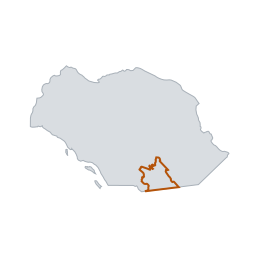 United Republic of Tanzania, with Arusha highlighted, rotated 136°
{"feature_id": "TZA-3391", "entity_name": "Arusha", "entity_type": "Region", "adm_level": 1, "iso_a3": "TZA", "parent_name": "United Republic of Tanzania", "parent_adm1": "", "projection": "equal_earth", "projection_center": [35.974, -2.918], "detail": "fine", "context": "in_parent", "style": "outline", "palette": "amber", "viewbox_px": 256, "rotation_deg": 136, "n_neighbors": 0, "source": "natural_earth", "source_scale": "10m", "svg_char_len": 5154}
<svg xmlns="http://www.w3.org/2000/svg" viewBox="0 0 256 256"><g transform="rotate(136 128 128)"><path d="M103.8,179.3L101.7,177.9L99.9,177.0L98.4,176.0L97.7,175.1L96.3,174.7L95.1,174.6L94.0,173.7L91.6,173.4L91.4,172.8L91.3,171.5L90.9,171.2L90.1,170.9L89.2,170.9L88.6,171.1L88.3,171.0L87.5,170.2L86.8,169.2L86.5,167.7L85.5,166.7L84.3,165.9L80.9,166.0L80.3,165.8L79.5,165.0L78.6,163.7L77.8,162.2L77.1,160.2L76.4,157.5L72.4,146.8L72.0,144.7L71.3,142.5L70.0,139.7L68.7,137.6L66.9,135.7L64.8,133.9L63.7,132.6L61.6,127.5L61.2,125.2L60.8,122.7L60.9,121.7L62.2,118.5L62.4,117.6L62.2,116.4L61.6,113.9L60.7,110.8L59.0,105.2L58.8,103.8L58.8,102.8L59.8,97.1L59.8,96.3L63.7,96.4L66.5,93.9L69.0,90.2L69.5,88.6L70.5,86.2L71.5,85.0L71.9,84.2L72.5,81.8L73.8,80.2L75.0,79.0L74.8,78.1L75.0,77.8L75.7,77.1L77.0,76.6L77.3,75.3L77.3,73.9L77.0,73.1L77.1,72.2L76.9,71.7L76.0,71.6L74.7,70.9L73.6,70.6L72.8,70.1L72.5,69.8L72.4,69.0L73.0,66.8L72.4,65.9L73.8,62.3L74.0,61.9L74.5,61.8L75.3,61.4L76.0,61.2L76.6,61.4L77.1,61.2L77.5,60.8L77.8,59.6L78.0,57.5L77.9,55.9L77.3,54.6L77.2,52.6L77.4,50.0L77.2,47.8L76.6,46.0L76.0,45.0L75.0,44.5L73.4,41.8L73.0,40.5L73.0,39.7L73.6,39.4L74.6,39.5L75.5,39.2L76.4,38.5L77.2,38.2L77.6,38.4L116.7,38.4L162.5,72.7L162.6,73.1L163.0,76.1L162.9,77.1L162.2,78.8L162.0,79.7L162.0,80.3L162.2,80.5L162.8,80.6L163.3,81.0L163.5,81.3L163.9,82.6L164.4,83.3L181.7,100.1L182.1,100.4L181.8,101.8L180.9,105.2L180.8,106.6L180.4,108.3L180.0,109.4L179.0,114.2L178.2,116.0L177.0,120.2L176.9,123.5L177.5,125.7L177.7,127.8L179.0,129.9L180.1,130.7L180.8,131.6L182.1,133.8L182.8,135.9L185.1,137.0L186.0,139.4L185.7,141.1L184.6,142.5L183.6,144.8L182.8,147.7L182.8,152.2L183.3,151.5L184.5,152.6L184.7,156.0L183.4,159.8L183.0,161.6L183.0,163.2L183.9,167.8L185.2,170.2L185.1,170.9L184.8,171.5L187.1,175.7L186.9,179.3L187.8,182.1L188.2,184.6L188.7,186.5L188.8,187.8L188.1,189.2L189.8,189.5L190.8,190.7L191.3,191.8L192.5,191.8L193.2,192.6L194.2,193.2L196.3,195.1L196.9,196.0L197.2,196.9L191.3,202.9L189.2,204.4L187.7,205.1L186.0,205.5L184.5,206.4L183.0,207.9L181.2,208.6L178.9,208.6L176.5,209.7L172.8,212.7L170.6,211.0L168.9,210.5L166.9,210.5L165.7,210.7L165.3,211.1L164.9,212.1L164.6,213.9L163.3,215.5L161.0,217.1L158.9,217.7L157.0,217.3L155.7,216.6L155.0,215.7L154.0,215.3L152.7,215.3L151.5,216.0L150.3,217.2L148.4,217.8L145.7,217.6L144.3,217.0L144.1,216.0L143.0,214.8L140.9,213.4L139.3,213.4L138.3,214.7L137.4,215.5L136.6,215.9L135.8,215.9L134.8,215.5L131.9,215.4L129.1,215.5L128.8,213.6L128.2,212.4L127.7,211.7L126.8,211.5L126.5,211.0L126.2,209.8L125.7,208.8L125.1,208.0L124.7,207.2L124.6,206.5L124.7,205.7L125.3,203.7L125.5,202.4L125.4,201.0L125.1,199.6L124.4,197.9L124.5,197.4L124.3,196.3L124.2,195.5L124.4,194.5L124.2,193.2L123.7,190.4L123.7,189.7L123.1,188.3L121.2,185.1L121.1,184.7L118.3,181.5L117.1,180.8L116.7,181.4L116.5,181.9L116.7,183.0L116.6,183.5L115.8,183.7L115.4,183.6L114.3,182.7L113.4,182.5L111.3,182.6L110.6,182.8L110.0,182.6L108.9,181.2L107.6,180.8L106.4,180.8L104.4,179.1L103.8,179.3ZM185.5,125.2L186.4,128.8L186.3,129.4L185.6,129.9L185.3,129.9L184.8,129.3L184.6,128.1L184.0,128.4L183.2,127.0L182.3,126.9L181.6,125.2L181.9,123.7L181.7,121.1L182.6,119.8L183.1,117.6L183.7,119.1L183.9,121.5L184.7,124.2L185.5,125.2ZM190.1,103.9L190.2,104.8L190.0,105.6L190.0,108.1L189.9,109.8L189.2,112.1L188.6,113.0L188.1,112.7L187.7,112.3L187.4,111.7L188.0,107.4L187.7,104.3L189.0,104.6L190.1,103.9ZM188.1,155.4L187.4,155.6L187.1,155.4L186.7,154.7L187.4,154.1L188.1,153.0L189.7,151.3L190.5,149.9L190.4,151.2L189.5,154.1L188.7,154.3L188.1,155.4Z" fill="#d9dde1" stroke="#a8b0b8" stroke-width="1"/><path d="M132.6,50.2L134.7,51.8L137.3,53.8L140.0,55.8L142.7,57.8L145.4,59.9L148.1,61.9L150.7,63.9L153.4,65.9L156.1,67.9L158.8,69.9L159.7,70.6L159.2,70.5L158.1,69.9L157.7,69.6L157.3,69.5L157.0,69.6L156.8,69.5L156.2,69.5L155.6,70.1L154.9,70.9L154.5,71.3L154.1,71.6L153.3,71.9L153.0,73.0L153.0,73.8L153.1,74.6L153.4,75.0L153.8,75.2L154.7,76.0L155.2,77.1L155.2,80.2L154.8,80.4L154.4,80.8L154.1,81.2L153.9,81.5L152.9,81.6L152.6,82.0L152.3,82.6L151.9,82.7L151.7,82.2L151.4,82.0L151.2,81.9L150.3,81.9L150.2,82.1L150.1,82.5L149.9,82.6L149.6,82.9L149.4,83.0L149.2,83.1L148.4,84.4L148.2,85.1L148.3,87.0L148.6,89.2L148.6,90.1L148.4,90.2L148.2,90.1L147.8,90.1L147.5,90.3L146.9,90.3L146.3,90.5L146.2,90.8L145.6,90.9L145.0,90.6L142.2,85.1L141.6,83.6L141.2,82.8L140.5,83.1L139.9,84.2L139.4,84.7L139.1,85.3L139.1,85.8L138.8,85.9L138.5,84.7L138.6,83.5L138.9,82.3L138.8,81.5L138.4,81.4L138.4,82.6L138.2,83.2L136.7,83.7L136.7,84.4L136.5,84.8L135.9,84.7L135.6,84.2L135.8,83.6L136.1,83.1L135.7,82.9L135.2,82.8L134.7,82.4L134.2,82.4L133.4,83.5L132.9,83.8L132.5,84.2L132.1,84.3L131.7,84.3L130.5,85.3L130.4,85.5L130.4,85.8L130.2,86.0L129.5,86.3L129.1,86.6L128.6,86.9L128.1,87.2L127.3,86.4L126.5,85.4L126.4,84.8L126.4,84.1L126.7,83.4L127.2,82.9L127.3,82.7L127.3,82.4L127.5,82.3L127.8,82.4L128.2,82.0L128.3,70.0L128.7,70.1L129.2,70.6L129.5,71.2L129.9,71.4L130.1,71.2L130.3,71.0L131.0,70.6L131.4,69.7L132.2,64.9L132.1,63.3L132.6,61.4L132.9,61.2L133.2,61.0L133.6,60.1L133.7,59.1L133.6,58.3L132.9,58.0L132.4,57.6L132.3,56.8L132.6,50.2L132.6,50.2Z" fill="none" stroke="#b45309" stroke-width="2"/></g></svg>